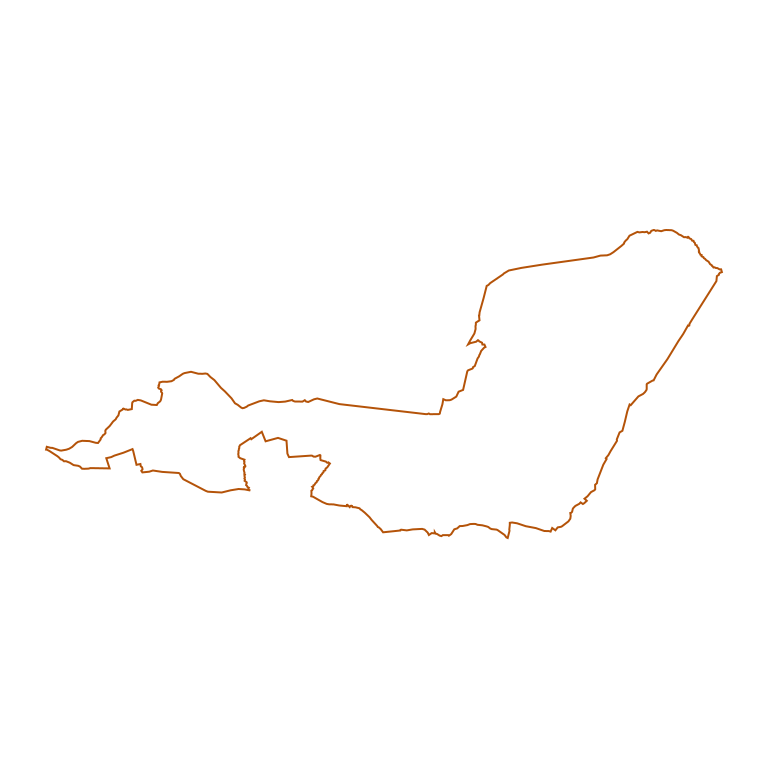 Baltatesti, Neamt, Romania (orthographic projection)
{"feature_id": "2599482B4509831144178", "entity_name": "Baltatesti", "entity_type": "district", "adm_level": 2, "iso_a3": "ROU", "parent_name": "Romania", "parent_adm1": "Neamt", "projection": "orthographic", "projection_center": [26.264, 47.132], "detail": "fine", "context": "isolated", "style": "outline", "palette": "amber", "viewbox_px": 768, "rotation_deg": 0, "n_neighbors": 0, "source": "geoboundaries", "source_scale": "gbopen_adm2", "svg_char_len": 6096}
<svg xmlns="http://www.w3.org/2000/svg" viewBox="0 0 768 768"><path d="M718.9,274.8L718.9,274.0L719.9,272.8L721.9,272.1L721.1,269.3L719.4,269.3L717.4,268.1L715.9,268.0L714.5,267.3L713.5,267.5L712.8,266.5L712.0,265.9L711.9,265.4L710.1,264.1L708.6,261.7L706.1,260.1L705.1,258.9L703.8,258.1L703.4,257.1L701.6,256.3L701.6,255.0L700.5,254.8L699.8,253.3L699.0,252.5L699.2,251.7L698.8,251.1L699.0,250.4L698.5,248.1L697.8,247.6L696.7,245.7L696.7,245.3L695.4,244.9L694.8,242.8L693.9,242.0L693.5,240.8L692.2,240.7L691.2,239.1L689.5,238.4L688.4,236.9L687.9,236.9L687.5,237.7L685.8,237.1L684.0,237.2L680.9,235.2L678.9,234.5L677.0,232.9L673.1,230.7L671.6,230.2L666.2,230.0L664.3,230.2L661.2,231.2L657.1,230.4L655.8,230.9L654.5,230.1L653.7,230.0L651.7,230.7L651.1,231.1L650.2,232.7L648.6,233.4L647.0,231.7L644.7,232.2L642.5,232.0L639.4,232.4L637.4,231.9L629.5,235.7L627.3,239.2L625.7,240.6L624.2,242.5L624.0,243.6L621.4,245.9L613.4,252.2L610.1,254.3L607.1,255.3L600.4,255.6L593.5,257.5L542.4,264.6L521.4,267.9L508.8,270.5L503.8,273.5L503.0,274.4L490.2,283.1L488.4,285.0L486.7,285.9L483.6,298.1L479.6,312.3L479.3,315.4L479.0,315.5L479.5,320.3L475.9,322.6L475.8,325.1L475.5,326.0L475.6,329.0L474.4,333.5L470.3,340.3L468.1,344.4L470.2,343.2L476.2,341.7L477.9,340.2L478.3,340.3L479.3,341.4L482.0,342.7L482.4,344.5L484.4,344.5L485.5,347.0L484.1,347.7L481.2,350.9L479.8,354.4L479.3,355.1L478.9,356.6L477.6,358.4L474.8,366.0L473.0,367.2L472.8,368.2L472.4,368.6L468.1,370.3L467.3,371.3L463.1,389.9L458.6,391.7L456.3,396.6L451.5,399.6L449.7,400.2L445.9,400.3L443.3,399.2L442.4,404.3L440.1,411.9L439.8,413.6L438.9,414.1L430.0,414.2L428.8,413.5L427.3,414.1L425.4,414.1L339.4,404.1L317.3,398.5L314.0,399.3L308.2,402.0L306.0,401.5L304.8,400.2L302.5,401.6L294.8,401.5L293.1,400.9L292.2,400.0L285.2,401.6L278.6,402.1L269.9,401.3L263.9,400.3L259.3,401.3L248.2,405.5L246.7,406.7L244.1,407.9L242.5,408.2L241.2,407.6L237.7,404.8L235.0,403.3L231.5,398.3L224.9,391.4L220.9,387.8L214.4,380.1L210.4,377.0L207.4,373.9L205.4,373.5L202.6,373.8L198.2,373.7L191.0,371.8L184.5,373.1L182.8,373.8L179.2,376.3L174.6,378.8L173.9,379.9L171.5,381.2L167.1,381.8L162.7,381.7L159.5,382.4L159.3,383.9L158.6,385.4L159.0,385.8L158.2,387.6L158.8,388.5L161.0,389.3L161.6,390.2L161.0,390.9L161.1,391.8L161.9,392.6L162.2,393.4L161.0,399.7L160.2,401.3L157.8,403.2L156.8,405.0L151.4,404.7L140.8,400.4L137.8,399.9L135.7,400.8L134.3,400.7L132.5,402.2L132.2,403.0L131.8,409.1L127.8,409.9L126.4,409.4L125.4,409.5L123.5,408.6L122.9,408.8L122.7,409.5L119.4,411.5L118.4,415.4L116.6,417.6L115.7,419.3L113.1,421.5L109.7,426.0L105.8,429.7L105.3,430.9L105.5,433.0L104.4,434.4L103.2,435.0L101.6,437.4L100.7,438.3L100.6,439.5L98.0,443.0L95.8,442.8L89.4,441.1L82.2,440.8L78.0,441.9L76.2,443.1L72.2,446.9L69.2,448.7L66.3,449.7L61.2,450.6L59.7,450.4L52.4,447.9L50.5,447.8L46.8,446.8L46.1,449.6L47.0,449.7L49.4,451.0L57.4,456.2L59.0,457.5L60.5,459.2L62.4,459.9L64.0,461.3L66.0,461.2L69.8,462.7L73.6,465.1L78.2,465.8L80.0,466.6L82.0,468.7L84.4,468.8L88.7,468.6L90.3,468.1L109.6,468.4L106.3,458.2L111.2,457.1L114.4,455.6L123.5,452.7L132.5,449.1L133.2,451.0L136.5,464.8L140.4,464.0L140.8,466.3L142.0,467.2L142.4,468.4L142.5,469.4L141.3,470.8L142.4,472.4L149.2,471.7L152.9,470.5L162.2,471.9L178.8,473.0L179.9,473.8L180.8,476.0L183.3,479.2L205.8,490.9L207.9,491.7L221.7,492.5L230.6,490.3L238.6,489.0L244.7,489.4L250.3,490.5L248.6,489.7L248.3,488.8L248.9,487.8L247.4,486.9L247.0,485.9L246.1,485.1L246.4,483.7L246.8,482.9L246.6,482.2L244.6,480.8L245.0,479.4L244.4,478.5L244.9,477.5L244.4,475.8L245.0,474.6L244.3,474.1L244.5,472.7L243.9,470.6L243.7,469.2L244.1,468.2L243.8,467.6L244.0,466.9L245.2,466.7L245.4,466.1L244.1,463.3L244.5,461.9L244.0,461.0L244.5,459.7L240.2,458.2L238.5,456.8L238.6,455.8L238.2,454.0L238.5,453.2L238.4,451.0L238.8,450.2L238.9,448.8L239.3,448.0L239.2,446.8L240.0,445.2L250.6,438.2L251.3,439.2L261.8,431.8L265.6,441.3L278.0,437.9L286.5,440.7L287.4,453.6L289.0,457.1L311.1,455.6L312.1,455.7L313.6,456.6L315.5,456.7L319.9,455.0L320.4,455.4L320.3,458.6L320.6,460.1L325.9,461.6L327.1,462.7L327.9,462.8L328.4,462.4L329.9,463.5L327.2,467.4L325.6,468.6L325.3,470.3L323.6,471.1L323.4,472.4L322.2,473.4L321.9,474.3L321.0,474.9L320.6,475.9L319.2,477.4L319.0,478.3L318.4,478.9L318.5,479.5L317.5,480.8L316.9,481.1L316.6,482.3L315.5,483.1L314.4,484.9L313.4,485.4L313.3,486.4L312.2,486.8L312.6,487.3L313.2,488.6L312.4,489.4L312.2,490.2L311.4,490.7L311.5,493.7L311.2,496.3L313.0,496.7L322.5,502.1L326.7,503.9L329.0,504.3L333.5,504.4L339.3,505.5L346.7,506.2L346.9,504.9L347.4,504.8L349.7,507.1L350.4,506.0L351.2,505.7L352.1,506.0L352.5,507.1L355.5,507.3L359.5,508.3L360.5,509.5L361.4,509.9L364.8,512.7L369.5,517.2L371.6,519.9L377.2,526.0L377.8,527.0L378.7,527.3L380.7,529.1L383.1,532.3L400.3,530.5L400.4,530.0L401.1,529.7L406.8,530.4L412.6,529.4L422.1,528.9L424.6,529.6L427.7,532.6L428.9,535.0L431.7,533.1L434.8,533.4L434.8,532.2L435.7,533.7L437.1,534.0L439.6,535.6L441.4,536.1L442.9,535.1L448.3,535.1L448.9,535.7L451.2,534.1L454.3,529.3L457.2,528.4L459.7,526.1L462.6,526.0L467.4,525.1L470.0,524.1L473.7,523.9L475.6,524.0L477.5,524.8L482.3,525.3L486.6,526.4L488.3,527.0L490.2,528.5L491.7,529.1L496.5,529.6L497.5,530.0L504.5,534.9L506.4,537.4L507.7,538.0L509.5,530.8L509.3,529.5L509.8,525.0L509.8,522.8L512.1,522.5L517.1,523.3L525.8,526.2L535.9,528.1L544.3,531.0L548.9,531.1L550.6,531.6L552.2,528.0L555.4,530.3L557.7,527.4L561.0,526.8L562.0,526.3L568.4,521.4L570.3,518.7L570.7,515.9L570.3,513.0L571.2,512.8L572.1,511.8L572.8,508.8L573.5,507.8L575.4,505.9L579.3,503.8L580.6,502.4L582.9,504.0L584.2,503.2L586.8,500.8L584.5,498.7L587.5,496.3L591.0,492.1L594.5,490.2L595.2,489.3L595.1,484.8L596.9,483.2L597.6,479.4L603.3,464.7L606.6,459.0L605.8,458.2L608.4,455.1L610.6,451.1L617.0,440.8L616.8,439.4L619.6,432.4L622.4,430.8L624.8,421.9L627.3,411.3L629.6,404.5L630.7,405.2L638.4,396.4L643.1,393.9L644.9,392.2L646.4,390.1L646.7,389.1L646.7,384.3L647.1,383.7L652.7,380.5L653.6,380.4L656.6,374.5L667.5,359.0L678.4,341.1L683.2,334.0L688.0,325.5L688.7,325.8L689.3,325.5L689.5,323.8L692.0,319.7L716.4,281.1L716.9,276.1L718.9,274.8Z" fill="none" stroke="#b45309" stroke-width="2"/></svg>